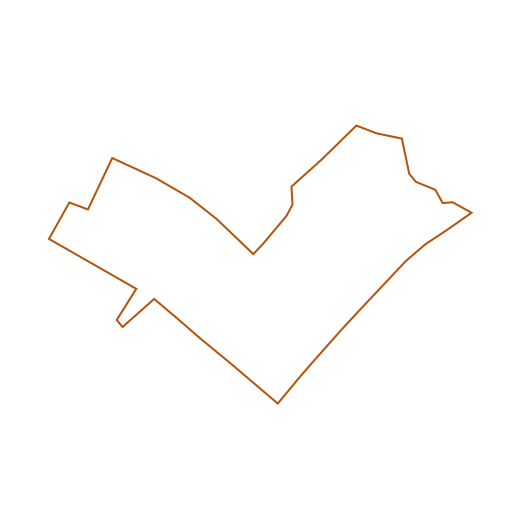 outline of Senala, Tuvalu, rotated 278°
{"feature_id": "33948139B62945669535509", "entity_name": "Senala", "entity_type": "district", "adm_level": 2, "iso_a3": "TUV", "parent_name": "Tuvalu", "parent_adm1": "", "projection": "albers", "projection_center": [179.199, -8.519], "detail": "fine", "context": "isolated", "style": "outline", "palette": "amber", "viewbox_px": 512, "rotation_deg": 278, "n_neighbors": 0, "source": "geoboundaries", "source_scale": "gbopen_adm2", "svg_char_len": 618}
<svg xmlns="http://www.w3.org/2000/svg" viewBox="0 0 512 512"><g transform="rotate(278 256 256)"><path d="M244.1,48.6L206.8,142.0L173.3,127.0L167.1,133.7L199.3,161.1L183.7,185.9L166.0,213.2L146.9,244.5L112.9,298.1L142.3,316.2L161.4,328.6L193.9,350.2L215.8,365.4L271.8,405.0L291.1,422.0L309.4,442.6L328.8,463.4L336.6,443.3L334.4,433.5L346.5,424.4L351.7,404.0L358.7,396.3L392.6,384.1L394.2,358.6L399.1,337.2L361.3,308.1L329.7,281.5L311.8,285.0L300.0,280.6L270.0,261.9L257.5,253.1L287.2,211.8L304.4,182.3L318.9,146.7L333.0,100.0L278.7,83.1L283.0,63.7L244.1,48.6Z" fill="none" stroke="#b45309" stroke-width="2"/></g></svg>